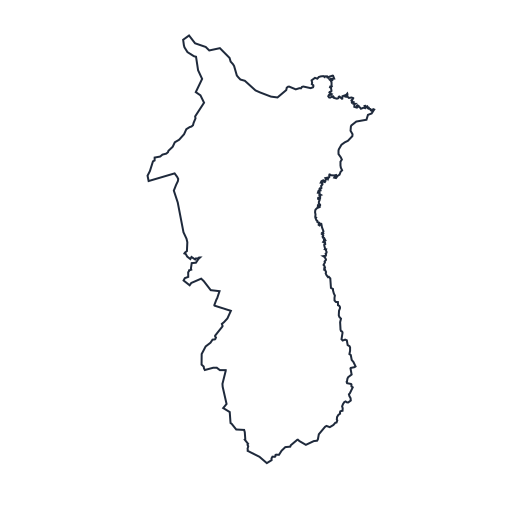 Virgas pag., Priekules, Latvia (Albers equal-area conic projection), rotated 197°
{"feature_id": "27541924B44819307732268", "entity_name": "Virgas pag.", "entity_type": "district", "adm_level": 2, "iso_a3": "LVA", "parent_name": "Latvia", "parent_adm1": "Priekules", "projection": "albers", "projection_center": [21.451, 56.438], "detail": "fine", "context": "isolated", "style": "outline", "palette": "slate", "viewbox_px": 512, "rotation_deg": 197, "n_neighbors": 0, "source": "geoboundaries", "source_scale": "gbopen_adm2", "svg_char_len": 6129}
<svg xmlns="http://www.w3.org/2000/svg" viewBox="0 0 512 512"><g transform="rotate(197 256 256)"><path d="M360.4,351.4L363.5,344.7L366.9,341.0L367.6,336.1L370.5,331.0L370.5,329.6L371.7,327.7L375.1,325.6L376.7,323.1L381.7,320.5L380.9,317.7L382.2,316.4L382.3,306.1L383.2,301.1L380.6,296.3L358.0,311.2L354.5,308.6L352.9,306.9L352.6,304.7L353.2,300.8L353.7,294.5L346.5,284.3L332.3,257.5L327.5,252.2L325.7,249.1L323.5,240.5L325.0,238.4L325.2,237.5L323.8,237.4L321.6,235.3L317.9,233.9L317.4,236.2L313.2,234.9L312.9,236.0L310.9,236.7L310.0,237.9L309.1,238.2L310.2,236.3L311.5,232.0L315.4,230.4L314.6,225.1L313.9,224.0L315.8,222.7L315.6,222.2L316.1,220.6L314.7,216.2L317.6,214.0L318.1,211.4L310.9,208.6L310.0,211.3L301.8,218.3L298.6,216.7L289.3,210.1L280.6,211.7L280.8,203.9L281.1,203.1L281.5,196.8L281.1,196.4L264.0,196.2L265.1,187.9L267.3,183.3L268.8,181.1L267.5,179.3L267.5,178.8L271.8,167.9L271.5,167.0L270.5,166.4L270.6,164.9L271.0,164.2L273.1,163.3L274.2,159.7L277.7,154.8L279.3,146.4L276.3,136.2L273.7,135.0L272.9,133.3L271.6,132.0L264.3,136.6L260.9,137.7L257.2,136.3L251.6,138.0L251.4,137.4L250.7,123.9L249.6,121.1L240.9,105.9L242.9,101.0L235.5,99.1L231.6,89.0L232.1,89.0L230.2,88.4L224.2,84.3L216.5,86.2L215.2,84.2L212.7,77.7L213.1,77.1L208.7,74.1L209.0,73.4L208.8,72.8L207.8,71.8L207.7,69.1L207.3,68.5L207.0,67.2L194.0,65.0L185.1,61.1L181.4,65.3L182.0,67.0L181.6,68.9L179.2,69.5L178.9,70.2L179.2,71.3L178.7,71.9L175.9,72.6L174.6,77.3L172.1,81.8L167.5,83.7L167.4,85.2L162.8,92.3L162.3,92.6L160.4,91.7L153.1,90.0L146.6,95.9L143.6,97.2L143.2,98.8L143.8,103.9L140.0,112.9L138.9,114.1L135.4,113.9L132.6,117.0L131.4,119.7L130.3,120.3L130.2,122.6L130.9,123.2L131.4,125.7L130.8,128.1L129.5,129.8L130.0,131.1L129.9,132.2L128.0,133.3L128.6,135.8L129.7,137.4L129.5,139.9L128.8,142.2L127.8,143.1L126.2,142.6L125.0,142.9L123.1,145.5L124.0,147.7L125.7,149.3L126.7,150.9L126.1,152.2L125.1,158.7L126.6,159.2L127.2,161.1L127.7,161.4L131.7,161.0L132.5,162.1L132.3,162.4L132.7,165.5L132.4,167.1L129.9,170.6L132.8,176.2L132.6,176.7L129.3,178.5L128.5,179.5L131.8,183.1L134.1,184.6L136.4,189.0L138.0,189.5L138.3,192.8L139.3,196.1L140.2,197.1L142.3,197.6L144.5,201.9L146.3,202.1L148.4,200.5L149.9,201.4L150.8,207.9L151.5,208.9L152.7,209.1L153.6,210.2L156.2,217.3L156.4,220.9L158.5,222.1L159.5,223.5L160.6,227.9L160.4,230.5L160.7,231.6L161.8,232.7L163.2,232.9L164.2,235.9L166.2,235.4L167.9,236.4L168.7,238.9L169.0,241.2L170.6,242.9L172.3,245.6L172.7,246.9L175.0,247.4L178.4,256.3L180.3,257.4L180.9,256.8L183.0,258.3L184.3,259.8L184.3,261.1L185.6,262.6L186.7,262.8L186.4,263.5L187.2,264.3L186.6,265.0L186.8,265.3L187.5,266.3L188.8,267.2L188.2,270.0L188.8,270.9L188.0,272.4L188.1,273.2L190.1,275.1L191.7,275.5L189.4,276.6L189.3,277.5L190.1,278.7L189.6,279.4L189.6,280.4L190.9,282.0L190.9,282.9L192.1,282.7L192.0,283.1L193.8,286.0L194.1,287.0L193.3,287.6L194.1,289.5L194.5,289.8L195.2,289.1L195.8,289.1L195.4,290.4L195.7,291.2L194.5,291.5L196.2,293.2L197.4,293.1L197.9,293.9L197.6,294.3L197.7,295.4L199.3,296.2L198.4,297.1L199.4,297.6L198.7,298.5L198.7,299.3L201.4,302.9L202.9,305.8L203.4,305.9L204.2,303.8L205.2,304.1L205.5,306.3L207.2,306.4L207.7,307.6L208.6,307.8L210.2,309.7L209.8,310.3L210.8,310.8L211.2,313.0L212.3,315.1L212.7,317.2L212.5,318.0L211.6,319.7L210.1,320.9L211.3,321.2L211.6,322.6L210.9,322.7L209.9,321.9L209.4,322.8L209.7,323.8L211.3,324.7L211.7,326.2L211.5,328.0L211.8,328.5L213.1,328.6L213.6,329.5L213.4,330.0L211.6,330.0L212.0,331.6L213.0,332.5L211.8,333.4L213.4,333.8L213.7,334.9L215.3,334.6L215.3,336.4L215.0,336.9L214.2,336.7L213.5,337.4L214.7,338.3L214.9,338.7L214.7,339.3L213.8,339.2L213.3,340.0L214.2,342.1L213.4,343.8L214.1,344.6L213.8,345.2L214.0,345.5L215.5,345.1L215.3,346.7L213.9,348.0L213.2,347.5L212.5,347.7L212.2,346.8L211.8,346.8L211.5,348.1L211.8,349.5L211.4,349.9L212.4,350.8L210.6,351.8L209.7,350.8L209.6,352.0L209.0,352.8L209.6,354.8L209.6,355.4L209.3,355.6L208.1,355.1L204.8,355.9L203.2,356.8L202.8,355.6L203.8,354.9L204.1,353.8L202.3,353.9L201.4,356.5L199.9,358.2L199.7,361.3L198.7,363.1L200.7,365.3L201.7,367.3L202.8,370.9L202.1,373.3L203.7,375.1L206.9,377.6L207.9,380.8L208.0,382.2L206.8,387.4L204.3,390.7L201.8,393.0L198.9,398.8L199.3,400.7L202.2,403.4L203.1,407.5L203.0,408.7L199.4,413.9L190.2,418.6L190.2,423.7L187.1,426.1L185.8,430.6L186.8,430.7L187.4,429.0L188.0,428.7L188.8,428.9L188.8,429.5L189.5,430.0L191.1,429.8L191.3,430.6L191.8,431.0L192.4,431.0L192.7,430.2L193.2,430.4L193.5,431.4L194.3,430.6L195.3,431.6L195.9,431.3L194.8,430.0L194.9,429.3L196.3,429.4L198.7,427.5L199.9,428.4L201.4,428.8L201.7,429.5L203.2,429.8L203.4,429.3L203.1,428.8L202.4,428.8L202.9,427.4L205.6,427.4L206.2,429.8L205.7,430.5L207.3,430.1L207.5,431.4L209.0,430.6L209.4,431.1L208.6,431.9L210.2,432.8L209.1,435.0L209.2,435.4L211.0,435.5L213.4,434.3L214.9,435.0L215.8,436.5L215.8,437.4L216.2,438.0L217.0,436.1L216.7,434.6L217.5,434.6L218.0,435.6L220.0,434.1L219.5,431.7L219.8,431.5L222.8,432.9L223.4,432.5L223.3,431.4L223.6,430.8L224.7,430.1L227.8,430.0L228.6,430.3L228.4,430.9L229.1,431.3L231.5,429.1L232.5,429.0L233.6,429.9L233.4,431.2L231.2,432.2L230.9,432.9L232.3,433.0L233.6,433.7L233.5,434.4L232.1,435.4L232.2,436.2L233.4,438.6L234.6,439.0L234.5,439.8L233.3,440.0L233.1,440.5L233.5,440.8L234.5,444.0L235.7,445.5L237.1,446.2L236.2,447.3L234.7,446.1L234.4,446.4L234.6,447.8L233.1,448.5L235.0,450.9L235.5,450.9L238.6,448.7L238.7,447.5L240.0,447.6L240.6,448.6L242.6,448.0L242.7,447.2L244.2,447.7L246.6,446.7L248.3,445.5L249.2,443.5L251.7,443.6L254.2,440.2L253.0,438.2L252.9,436.7L251.1,436.0L250.7,434.9L250.8,434.0L252.8,432.5L260.3,431.9L261.5,431.1L262.0,429.5L263.5,429.2L266.7,427.0L273.9,427.7L274.9,427.2L275.8,425.9L275.6,423.5L281.8,413.9L288.3,412.8L300.0,413.6L304.9,414.2L317.9,420.3L322.5,420.2L325.0,421.6L327.1,423.0L332.5,431.3L334.1,432.7L337.1,434.5L339.2,437.7L351.3,444.2L360.8,438.9L365.2,441.2L376.5,441.6L384.5,447.3L388.9,441.5L386.6,436.5L385.4,434.6L381.1,430.9L373.8,428.9L371.6,429.0L365.7,416.7L359.3,409.6L361.5,395.1L356.1,393.4L350.5,387.4L355.0,371.7L354.1,369.9L354.6,365.1L354.5,362.6L355.6,360.9L357.1,359.9L359.7,356.9L360.4,351.4Z" fill="none" stroke="#1e293b" stroke-width="2"/></g></svg>